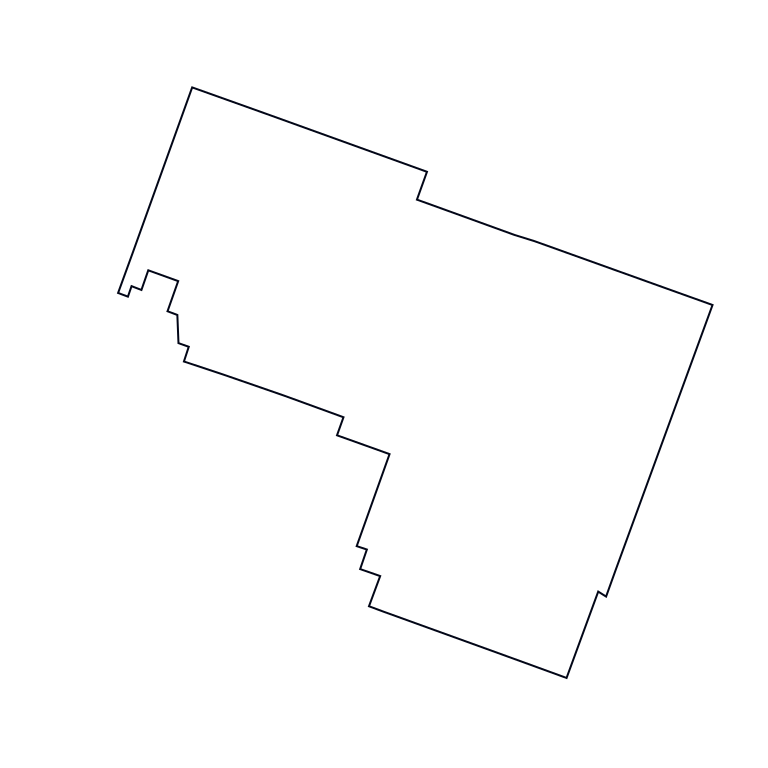 the district of Sanpete, Utah, United States of America, rotated 290°
{"feature_id": "52423323B58095875078867", "entity_name": "Sanpete", "entity_type": "district", "adm_level": 2, "iso_a3": "USA", "parent_name": "United States of America", "parent_adm1": "Utah", "projection": "albers", "projection_center": [-111.655, 39.423], "detail": "fine", "context": "isolated", "style": "outline", "palette": "ink", "viewbox_px": 768, "rotation_deg": 290, "n_neighbors": 0, "source": "geoboundaries", "source_scale": "gbopen_adm2", "svg_char_len": 622}
<svg xmlns="http://www.w3.org/2000/svg" viewBox="0 0 768 768"><g transform="rotate(290 384 384)"><path d="M570.6,665.7L569.7,476.5L568.7,455.6L568.6,384.1L568.5,351.9L598.1,351.8L597.6,180.7L597.1,102.3L420.6,103.0L378.6,103.0L378.5,113.5L389.6,113.3L389.4,123.9L410.2,123.6L410.3,155.4L378.3,155.7L378.2,166.2L352.1,176.9L352.2,187.8L336.7,188.3L337.9,229.8L338.9,293.9L338.9,357.3L319.7,357.4L319.9,388.5L320.0,413.2L222.3,413.8L222.6,424.5L201.9,424.9L202.2,446.1L170.0,445.9L169.9,462.0L170.2,593.3L170.2,656.1L262.2,656.3L260.2,665.4L288.8,665.3L570.6,665.7Z" fill="none" stroke="#020617" stroke-width="2"/></g></svg>